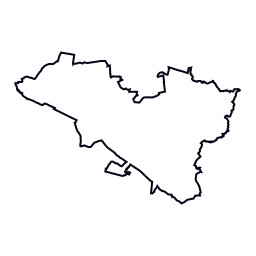 Acambay de Ruíz Castañeda, México, Mexico
{"feature_id": "50627088B16858103917717", "entity_name": "Acambay de Ruíz Castañeda", "entity_type": "district", "adm_level": 2, "iso_a3": "MEX", "parent_name": "Mexico", "parent_adm1": "México", "projection": "albers", "projection_center": [-99.804, 19.959], "detail": "fine", "context": "isolated", "style": "outline", "palette": "ink", "viewbox_px": 256, "rotation_deg": 0, "n_neighbors": 0, "source": "geoboundaries", "source_scale": "gbopen_adm2", "svg_char_len": 5761}
<svg xmlns="http://www.w3.org/2000/svg" viewBox="0 0 256 256"><path d="M105.3,61.0L101.0,61.0L87.0,63.1L84.3,62.3L82.7,63.5L79.8,62.6L77.3,63.4L73.5,63.9L73.2,64.3L73.0,63.2L74.2,54.8L61.1,52.6L59.3,56.1L58.0,61.1L57.0,61.5L56.6,61.4L56.1,62.0L55.6,62.1L54.1,63.5L53.4,63.6L52.9,64.1L49.2,63.9L46.2,65.1L44.8,65.9L42.4,68.1L40.6,71.4L39.7,72.0L36.7,76.2L36.5,76.9L34.9,78.8L34.4,78.9L33.6,78.9L32.8,78.4L31.3,77.8L29.4,77.5L29.1,77.3L26.6,76.5L26.0,76.8L24.4,77.2L23.7,78.4L21.8,78.8L22.4,81.0L22.1,81.9L18.2,82.0L18.0,83.2L15.4,83.1L15.4,84.0L16.8,86.8L17.1,89.3L17.5,90.1L18.0,89.7L18.4,90.1L18.6,90.0L19.3,91.1L18.9,91.5L20.1,92.7L20.3,92.5L20.9,92.9L21.3,92.6L22.3,93.2L21.8,94.0L23.0,95.9L25.5,97.6L26.9,98.1L27.0,98.9L27.1,99.0L29.2,99.2L30.5,99.9L32.9,100.7L36.7,102.7L38.6,103.4L39.6,104.1L40.3,104.3L41.7,105.0L42.6,105.1L42.9,104.7L44.8,103.5L47.8,104.6L48.6,105.2L54.8,107.9L53.8,109.0L76.6,120.2L75.5,122.5L74.7,122.7L76.2,127.8L77.4,131.1L77.7,131.6L78.9,132.9L80.7,136.2L80.5,137.5L80.8,140.0L80.7,142.0L80.6,143.3L80.3,144.1L80.4,146.2L81.3,146.4L82.1,145.9L83.9,145.9L84.5,145.4L88.2,147.0L90.8,147.0L94.3,142.7L96.5,142.0L98.2,141.2L101.7,140.4L105.3,145.0L107.7,147.7L114.5,152.6L116.2,154.8L116.8,155.1L117.1,155.5L117.8,156.0L118.9,156.5L120.0,157.8L122.3,158.9L122.6,159.2L126.5,161.9L124.8,163.2L121.7,166.3L120.2,165.7L118.3,164.3L118.0,163.9L117.3,163.5L116.9,163.6L116.7,163.4L116.1,163.4L115.2,162.8L114.6,162.8L113.1,161.7L111.2,161.7L108.2,165.7L107.1,168.1L105.9,168.5L106.2,169.2L105.5,170.2L105.3,171.5L122.7,176.0L124.5,175.2L124.9,175.3L127.4,173.8L129.1,174.5L130.1,172.6L129.1,172.2L128.9,172.6L128.6,172.5L128.3,172.7L127.7,172.0L127.2,172.8L125.9,171.9L125.6,172.5L125.0,172.0L126.6,168.6L127.2,168.9L128.4,166.9L128.8,167.1L130.3,164.5L139.3,170.4L141.5,172.3L148.9,179.4L151.2,181.3L152.2,181.7L151.0,193.4L152.5,193.4L153.0,192.9L153.1,192.6L153.6,192.3L153.9,191.8L154.3,191.7L154.4,191.2L154.3,190.8L154.9,189.7L156.5,187.6L157.3,186.0L159.6,189.3L161.6,190.5L162.1,191.1L162.7,191.0L164.8,191.7L168.2,194.4L171.4,194.7L171.6,195.6L172.1,196.0L172.1,196.3L172.3,196.1L172.7,196.7L174.5,197.6L174.6,197.9L175.7,199.0L176.3,199.9L177.2,200.6L179.8,201.7L181.4,203.4L184.5,202.0L187.1,199.9L189.5,199.3L193.5,198.6L195.3,195.6L200.0,195.5L199.6,194.3L199.6,193.7L199.9,193.1L200.7,192.6L200.0,189.2L199.0,185.7L198.3,184.6L197.7,183.2L196.3,181.4L195.7,179.6L195.7,178.6L196.2,174.3L199.8,172.0L200.7,171.8L201.2,171.9L199.3,168.5L200.1,167.6L199.9,167.5L198.6,168.0L198.1,168.9L197.7,169.1L197.1,168.2L196.7,168.5L196.2,168.1L196.0,167.6L196.1,166.8L196.0,166.0L194.2,165.1L195.7,162.2L195.7,161.6L195.9,161.2L197.7,159.0L200.5,156.6L198.2,153.4L198.7,153.2L198.9,152.6L199.9,151.4L200.0,150.7L199.8,150.1L200.0,149.2L201.3,147.3L202.1,144.6L201.5,143.6L200.9,143.2L202.5,141.5L203.2,141.1L203.5,141.2L204.0,141.0L204.7,140.4L205.4,141.2L206.0,141.6L207.8,141.4L208.4,141.8L209.3,142.0L209.8,141.7L210.4,142.2L210.9,141.6L211.2,141.8L211.2,142.3L211.4,142.3L211.6,142.2L211.4,142.1L211.5,142.0L212.1,141.8L212.3,141.4L213.0,141.7L213.4,141.7L214.8,141.1L215.3,140.3L216.5,140.0L216.4,139.5L217.1,138.2L217.6,138.3L219.0,137.5L220.5,137.2L220.8,137.2L221.3,137.6L221.6,137.4L222.2,136.3L222.8,136.5L223.4,136.4L223.6,136.1L223.8,134.7L222.6,134.2L222.5,133.9L223.2,133.8L223.9,134.1L224.4,133.9L225.0,133.5L225.1,133.1L226.1,132.7L226.3,131.8L227.1,131.2L227.2,130.8L228.0,131.3L228.4,131.1L228.5,130.4L228.0,129.8L227.6,128.3L228.3,127.5L228.1,127.1L228.0,126.2L228.2,125.3L228.5,125.0L228.5,124.5L228.1,123.8L228.0,122.8L228.5,121.9L227.9,120.2L227.1,119.1L227.0,118.6L225.7,118.1L224.9,117.3L225.0,117.0L225.5,116.1L226.4,115.7L227.4,115.7L227.8,116.2L229.7,116.6L230.2,116.1L231.8,112.1L231.5,110.8L231.5,110.6L231.8,110.3L232.3,110.5L232.7,110.3L233.4,109.6L233.5,106.5L233.7,105.9L234.4,104.9L233.6,103.0L232.9,102.7L232.2,101.9L232.7,101.7L232.8,101.1L233.5,100.5L234.3,99.2L234.2,98.8L234.8,97.5L234.8,97.2L235.4,96.8L235.9,95.7L235.8,94.1L236.4,92.3L238.5,90.7L238.8,90.7L239.3,90.4L239.6,90.6L239.8,90.3L240.5,90.2L239.5,89.9L238.9,89.6L238.8,89.3L237.8,89.0L237.1,89.4L234.4,89.1L234.0,89.6L233.6,91.0L232.9,91.6L232.4,91.3L230.4,90.9L230.0,91.7L229.8,91.3L229.2,91.2L228.7,91.5L228.0,91.1L226.9,90.8L226.7,90.2L226.1,90.7L225.4,90.8L224.8,90.6L223.5,91.2L223.1,90.9L221.4,91.2L220.8,91.0L220.3,91.3L219.8,90.7L219.2,89.3L218.9,89.4L217.6,87.6L216.8,86.8L216.7,86.2L215.9,85.3L215.8,84.4L215.2,83.6L214.8,83.2L214.5,83.3L213.5,82.2L213.2,82.1L213.5,81.4L213.1,80.8L212.9,80.8L212.0,81.7L210.0,82.4L208.3,83.3L207.3,83.5L206.6,83.4L203.9,81.5L203.6,81.5L203.2,81.8L203.5,82.1L203.2,82.7L202.3,82.8L201.7,82.5L201.8,82.2L201.3,81.4L200.2,81.0L197.4,81.1L197.2,81.2L196.9,81.8L194.0,80.6L193.7,80.8L192.8,80.1L192.0,78.7L193.0,77.1L192.5,76.7L192.4,76.2L191.9,75.6L191.6,74.7L190.9,74.6L190.9,74.1L190.4,73.2L190.5,71.5L190.3,71.1L190.3,70.5L190.5,70.1L190.8,70.1L191.0,69.8L190.7,68.6L191.1,67.6L188.6,68.2L187.7,73.1L182.3,71.3L178.4,70.3L168.6,67.2L169.0,69.3L167.6,74.7L167.4,74.8L165.9,74.3L162.3,72.2L161.7,72.6L160.6,72.5L159.9,72.8L158.6,73.9L157.6,75.5L157.9,76.9L163.3,75.4L164.1,82.1L163.8,82.2L165.0,91.6L158.9,93.0L159.1,94.4L157.2,95.5L156.6,96.1L155.3,96.4L152.9,97.4L146.1,97.3L143.4,97.6L139.4,102.6L134.7,102.2L133.6,100.2L133.3,98.7L134.4,98.1L135.0,96.8L136.1,96.0L136.2,95.7L137.6,95.4L137.6,95.1L136.8,94.5L136.7,93.2L137.1,91.8L129.2,91.8L129.8,89.4L128.2,89.9L125.9,89.0L125.9,88.6L123.4,89.3L122.3,88.4L120.7,87.5L118.0,82.0L122.3,79.9L121.7,79.4L120.4,79.0L120.7,77.5L120.3,77.7L119.6,76.5L116.3,76.6L113.3,76.3L111.0,77.5L110.4,76.3L110.6,74.7L110.4,73.7L110.1,73.6L110.2,70.4L110.1,70.1L109.8,65.5L107.5,66.2L107.9,65.2L105.3,61.0Z" fill="none" stroke="#020617" stroke-width="2"/></svg>